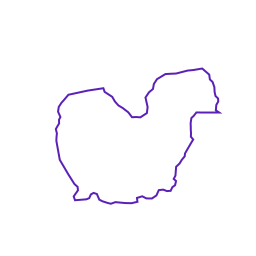 Triunfo, Pernambuco, Brazil, rotated 31°
{"feature_id": "56859067B74717600950827", "entity_name": "Triunfo", "entity_type": "district", "adm_level": 2, "iso_a3": "BRA", "parent_name": "Brazil", "parent_adm1": "Pernambuco", "projection": "mercator", "projection_center": [-38.058, -7.842], "detail": "fine", "context": "isolated", "style": "outline", "palette": "violet", "viewbox_px": 256, "rotation_deg": 31, "n_neighbors": 0, "source": "geoboundaries", "source_scale": "gbopen_adm2", "svg_char_len": 1316}
<svg xmlns="http://www.w3.org/2000/svg" viewBox="0 0 256 256"><g transform="rotate(31 128 128)"><path d="M132.3,62.5L127.7,71.2L127.5,76.9L129.3,81.7L127.6,86.6L127.3,92.9L134.0,99.9L136.5,105.5L133.1,112.5L129.3,114.4L125.9,116.7L122.7,115.4L120.1,114.4L113.2,113.6L108.1,113.6L103.1,112.0L98.4,109.4L89.4,109.1L86.4,106.6L74.2,116.7L59.8,130.2L58.6,137.5L58.0,140.4L57.8,145.6L59.6,150.0L64.4,153.4L64.6,156.4L66.6,159.6L66.6,162.4L66.7,166.1L69.8,169.2L71.7,173.2L73.2,175.9L85.9,190.4L100.4,198.3L110.9,203.6L115.1,204.4L117.2,207.2L116.7,214.6L119.8,217.2L129.0,210.6L130.9,208.1L130.4,204.0L131.9,201.4L135.3,200.6L140.3,204.2L143.7,204.0L149.3,202.7L152.4,201.7L155.3,198.1L164.4,193.7L169.8,190.6L174.1,186.4L171.7,183.3L175.4,179.2L180.0,178.9L184.8,176.1L187.1,171.2L186.4,165.4L189.9,162.7L193.9,162.0L196.9,159.9L196.5,155.9L197.8,152.8L196.5,148.7L193.4,148.1L193.2,144.4L189.2,136.4L190.5,131.9L190.5,127.5L191.2,123.1L190.0,120.5L189.9,117.3L189.8,109.0L189.8,104.3L186.4,103.1L184.5,99.7L182.8,97.3L181.4,95.0L179.2,91.6L177.2,86.8L178.1,83.7L178.6,79.5L198.2,67.8L194.2,67.6L191.8,62.7L191.7,58.8L190.0,56.3L186.5,55.5L183.6,52.4L181.0,48.5L176.8,45.0L173.2,44.2L170.1,40.4L161.0,38.8L154.1,44.7L149.5,48.1L141.1,56.6L136.7,59.5L132.3,62.5Z" fill="none" stroke="#5b21b6" stroke-width="2"/></g></svg>